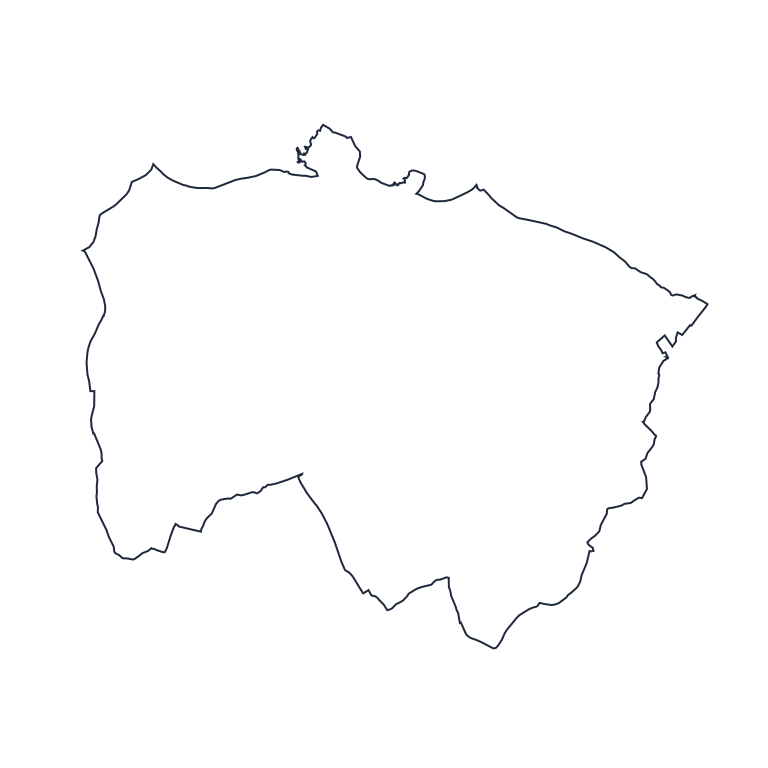 the district of Suatu, Cluj, Romania, rotated 96°
{"feature_id": "2599482B22799076285957", "entity_name": "Suatu", "entity_type": "district", "adm_level": 2, "iso_a3": "ROU", "parent_name": "Romania", "parent_adm1": "Cluj", "projection": "albers", "projection_center": [23.957, 46.756], "detail": "fine", "context": "isolated", "style": "outline", "palette": "slate", "viewbox_px": 768, "rotation_deg": 96, "n_neighbors": 0, "source": "geoboundaries", "source_scale": "gbopen_adm2", "svg_char_len": 6145}
<svg xmlns="http://www.w3.org/2000/svg" viewBox="0 0 768 768"><g transform="rotate(96 384 384)"><path d="M509.0,512.0L505.6,504.4L505.2,502.0L506.0,499.4L505.9,498.5L503.3,495.5L499.5,493.5L499.2,493.1L499.2,491.6L499.0,491.3L496.5,489.2L496.0,486.1L494.4,481.1L489.4,470.1L481.9,456.0L482.6,456.1L484.1,458.3L485.1,459.3L485.8,459.4L487.5,458.6L491.2,456.3L500.7,449.1L509.8,440.7L511.9,438.3L519.6,432.1L529.2,425.8L546.4,416.5L565.0,407.9L573.0,403.4L574.6,400.4L574.6,399.7L578.4,395.2L594.3,383.0L594.3,382.6L590.6,377.8L595.2,374.8L595.6,374.1L596.2,370.1L597.7,367.8L599.4,366.2L603.4,361.2L608.6,357.1L607.4,354.1L606.1,352.3L601.9,349.2L598.8,344.3L597.3,342.4L592.3,338.6L590.0,337.6L584.4,330.3L582.0,325.5L578.7,316.0L574.9,313.0L573.4,311.3L572.6,307.5L569.7,301.5L570.0,299.4L579.3,298.2L582.7,296.5L587.8,295.0L598.1,289.4L601.2,288.2L604.0,286.3L613.7,283.6L613.2,282.6L623.0,277.0L624.9,275.6L626.2,273.8L627.6,271.0L629.1,264.6L631.0,259.1L635.4,248.0L635.3,246.4L634.8,245.2L632.3,243.2L625.9,240.0L619.3,237.9L615.8,236.2L602.8,227.7L599.8,225.2L593.2,216.8L591.1,213.3L589.6,209.4L588.9,208.4L588.3,207.8L585.6,206.6L585.5,206.0L586.1,200.4L586.3,194.1L585.5,191.1L583.7,187.3L577.2,180.3L574.6,178.9L571.8,175.8L565.8,170.5L560.4,168.3L553.2,167.4L541.0,163.7L528.7,162.1L528.8,160.6L528.1,158.2L524.8,159.4L524.5,160.5L522.8,163.2L521.6,164.5L520.1,165.2L515.9,161.7L513.0,158.4L508.8,155.0L507.2,154.3L501.6,153.7L489.8,148.9L485.2,148.9L484.2,147.9L482.6,142.0L480.2,135.3L478.0,132.2L476.5,126.1L473.9,123.3L470.4,118.5L470.5,115.5L460.9,111.5L449.2,113.6L437.1,119.7L434.4,120.1L431.1,116.1L425.2,114.8L418.8,110.8L415.8,109.4L410.6,109.1L407.6,107.9L406.7,108.4L406.2,109.4L402.9,112.9L396.8,120.6L394.5,122.6L394.1,121.5L389.4,120.1L384.0,116.8L381.9,116.6L376.3,117.3L375.0,116.8L370.8,114.1L363.8,113.5L358.8,111.7L353.9,111.2L350.2,111.6L346.3,111.2L345.4,111.5L345.1,112.2L338.9,112.0L331.8,108.5L330.2,106.3L329.5,106.1L328.9,104.4L328.2,104.2L327.7,104.9L327.4,106.1L327.0,105.0L323.1,107.5L324.3,110.2L321.9,111.5L317.4,115.4L314.1,117.1L306.4,109.9L316.5,101.1L311.2,98.1L307.3,98.5L302.0,97.3L304.1,92.6L293.5,85.8L294.0,84.9L293.6,84.2L284.5,78.9L274.2,72.3L270.8,70.6L268.2,75.9L266.2,81.5L265.4,81.9L264.5,84.2L263.1,83.9L264.7,87.1L266.1,88.4L266.5,89.7L265.9,93.7L264.9,96.2L264.3,102.4L265.8,106.1L265.5,107.5L262.7,109.4L261.9,110.8L261.5,111.1L259.1,115.7L258.8,118.8L257.2,120.3L256.2,122.7L253.2,125.5L251.1,128.0L250.4,129.6L247.8,133.3L247.1,135.0L246.0,140.3L242.7,146.6L242.9,149.5L242.6,150.6L241.3,152.7L237.2,156.8L233.4,163.0L229.1,168.8L224.9,177.7L220.7,190.9L218.3,201.7L215.1,212.5L213.2,220.9L210.4,228.2L208.8,236.1L207.8,239.3L205.9,256.0L205.0,266.9L204.5,269.1L196.5,283.4L194.2,288.4L187.2,297.5L185.7,298.8L180.2,305.3L181.3,307.3L181.6,308.6L179.2,312.0L178.0,311.9L176.3,312.9L179.9,315.3L181.9,317.4L184.6,321.1L192.8,334.5L193.9,336.8L195.8,342.9L196.8,350.9L196.8,353.7L195.8,358.8L195.0,361.6L191.6,369.9L191.4,371.7L188.2,369.2L182.1,366.0L179.5,366.0L175.5,364.9L173.6,365.0L172.2,365.3L171.0,366.2L168.7,374.7L168.6,378.1L170.1,380.8L172.0,381.3L173.1,380.9L176.6,382.7L177.0,383.2L176.7,384.9L177.6,386.0L178.2,385.0L180.7,384.1L181.7,384.5L181.3,385.9L182.5,387.7L182.5,389.4L183.6,390.7L184.4,390.5L184.8,391.1L184.9,391.4L184.3,391.5L184.5,392.8L182.9,393.9L182.5,394.6L183.5,395.1L185.3,395.1L185.5,395.6L184.8,396.1L185.8,397.1L185.8,398.2L186.3,398.6L186.4,399.2L184.3,407.5L181.9,412.2L181.4,413.9L181.2,416.4L181.9,419.6L181.8,421.3L180.7,423.6L176.0,429.7L172.0,433.2L170.2,433.6L160.2,431.5L155.3,432.3L150.4,437.5L141.8,442.7L143.2,446.6L142.1,447.6L141.5,449.5L139.2,458.5L138.9,461.3L135.8,464.6L132.6,471.7L135.8,473.5L138.9,474.0L138.6,475.9L139.9,477.0L142.2,476.5L146.3,478.6L147.0,479.4L146.7,480.3L146.0,480.9L147.8,482.1L150.1,482.9L153.4,481.6L154.3,481.7L155.9,483.0L157.1,485.1L156.7,485.6L157.1,485.8L156.2,487.0L156.3,487.4L158.4,486.2L158.4,485.6L157.5,484.3L157.9,484.0L162.4,485.1L163.0,486.0L163.1,487.3L164.3,486.5L164.7,487.9L164.2,489.8L164.2,490.9L160.7,492.6L161.0,494.2L160.0,494.5L158.7,494.1L158.2,494.8L159.3,495.4L160.6,495.1L162.5,493.6L163.9,493.5L164.7,492.9L167.0,493.0L168.9,492.7L169.1,490.9L169.7,490.3L170.2,490.5L170.3,491.9L171.3,491.4L172.0,493.0L172.5,493.0L172.7,491.6L172.2,491.0L171.5,490.9L171.3,490.0L170.7,489.6L171.5,488.4L171.0,486.7L171.1,486.1L172.8,484.9L174.1,485.0L174.7,485.6L176.7,483.2L179.8,473.8L183.9,471.6L185.7,477.9L185.1,483.4L185.4,487.3L185.3,497.3L184.7,500.0L184.2,500.9L183.3,501.0L182.9,501.7L182.9,503.3L183.6,505.3L182.1,510.3L182.6,518.9L183.6,521.2L185.6,524.0L190.6,533.2L193.0,540.6L194.8,547.8L196.8,553.4L206.7,572.7L207.5,575.3L207.5,580.1L208.2,585.7L208.6,591.1L208.1,598.6L207.3,601.4L207.1,604.3L203.7,615.4L201.3,620.9L197.9,626.2L196.7,627.2L192.7,632.8L189.5,636.4L195.0,637.8L200.7,642.3L201.7,643.5L205.9,649.7L209.4,655.9L218.1,657.7L219.5,658.4L222.4,660.0L233.3,669.1L235.3,671.1L243.1,681.4L245.3,683.9L247.3,684.5L253.2,684.7L260.5,685.9L267.1,686.3L273.8,688.0L274.7,688.9L278.6,691.3L282.8,697.4L283.0,696.2L284.0,695.0L299.7,684.9L311.0,679.3L321.2,675.3L329.2,671.4L336.1,669.3L341.2,669.0L345.5,669.9L345.5,670.3L350.2,671.9L354.7,674.0L364.1,676.8L371.9,680.2L377.4,681.5L382.6,682.2L393.5,682.1L405.5,679.9L412.5,677.4L421.8,675.3L421.4,671.3L436.3,669.9L446.2,671.4L450.2,671.6L457.5,670.3L463.7,667.9L463.5,667.1L478.5,659.0L481.8,657.8L487.5,657.0L490.0,656.1L497.8,661.5L502.4,660.9L509.0,659.0L515.6,659.0L522.3,658.1L525.4,658.3L534.1,656.5L535.8,655.7L541.6,655.2L558.3,644.7L564.8,641.7L574.0,635.8L578.8,634.8L580.3,633.6L581.9,629.4L584.2,626.4L584.6,625.5L584.3,621.2L584.8,615.5L584.5,614.5L583.7,613.3L580.5,609.5L577.7,606.9L574.6,601.0L571.6,598.2L572.1,597.4L572.0,595.5L573.0,592.7L574.4,586.1L574.2,584.5L570.3,582.9L556.3,580.1L548.0,577.9L546.4,576.9L545.0,576.7L545.8,574.7L547.2,573.0L550.0,550.6L547.2,550.5L544.6,549.3L538.7,547.7L535.7,545.9L530.9,541.8L520.9,538.5L517.4,536.2L516.0,533.8L515.0,530.4L514.0,526.3L514.3,525.3L514.0,524.3L509.3,518.6L509.7,514.4L509.0,512.0Z" fill="none" stroke="#1e293b" stroke-width="2"/></g></svg>